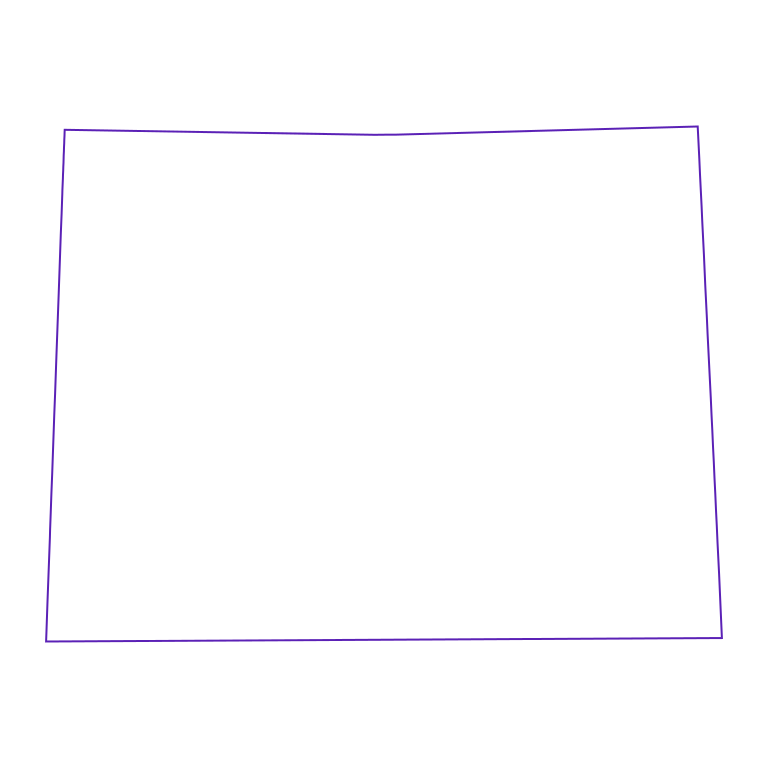 outline of Wyoming
{"feature_id": "USA-3527", "entity_name": "Wyoming", "entity_type": "State", "adm_level": 1, "iso_a3": "USA", "parent_name": "United States of America", "parent_adm1": "", "projection": "albers", "projection_center": [-107.983, 43.0], "detail": "medium", "context": "isolated", "style": "outline", "palette": "violet", "viewbox_px": 768, "rotation_deg": 0, "n_neighbors": 0, "source": "natural_earth", "source_scale": "10m", "svg_char_len": 1032}
<svg xmlns="http://www.w3.org/2000/svg" viewBox="0 0 768 768"><path d="M46.1,641.4L46.4,633.4L47.5,601.5L47.8,593.5L48.1,585.5L48.7,569.5L49.0,561.5L49.3,553.5L49.9,537.5L50.1,529.6L50.4,521.6L50.7,513.6L51.4,493.6L52.2,473.6L52.9,453.6L53.6,433.7L54.3,413.7L55.1,393.7L55.8,373.7L56.5,353.8L58.7,293.8L59.4,273.9L60.8,233.9L61.6,214.0L62.3,194.0L62.4,190.1L62.9,178.5L63.0,174.6L63.2,170.7L63.3,166.8L63.5,162.9L63.6,159.0L63.7,155.2L63.9,151.3L64.0,147.4L64.2,143.5L64.3,139.6L64.5,135.7L64.6,131.9L64.7,129.8L374.6,134.8L384.4,134.7L394.3,134.7L697.7,126.5L698.5,142.5L699.3,158.6L700.0,174.4L700.8,190.4L701.6,206.4L702.3,222.4L703.1,238.4L703.9,254.3L704.6,270.3L705.3,286.3L706.1,302.3L706.9,318.3L707.6,334.3L708.4,350.2L709.2,366.2L710.0,382.2L710.8,398.2L711.5,414.2L712.3,430.2L713.0,446.2L713.8,462.1L714.5,478.1L715.3,494.1L716.0,510.1L716.8,526.1L717.5,542.1L718.3,558.1L719.1,574.1L719.8,590.1L720.5,606.0L721.2,622.0L721.9,638.0L46.1,641.5L46.1,641.4L46.1,641.4Z" fill="none" stroke="#5b21b6" stroke-width="2"/></svg>